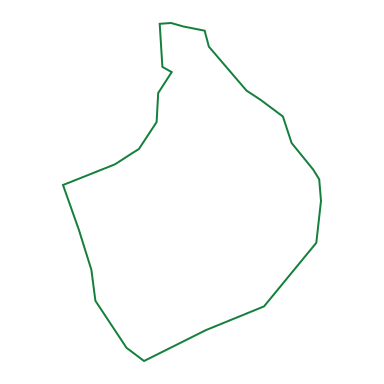 outline of Ix xet, Dornogovi, Mongolia
{"feature_id": "93677404B2530433176866", "entity_name": "Ix xet", "entity_type": "district", "adm_level": 2, "iso_a3": "MNG", "parent_name": "Mongolia", "parent_adm1": "Dornogovi", "projection": "robinson", "projection_center": [110.14, 46.159], "detail": "fine", "context": "isolated", "style": "outline", "palette": "green", "viewbox_px": 384, "rotation_deg": 0, "n_neighbors": 0, "source": "geoboundaries", "source_scale": "gbopen_adm2", "svg_char_len": 472}
<svg xmlns="http://www.w3.org/2000/svg" viewBox="0 0 384 384"><path d="M144.0,361.0L205.9,330.1L264.0,306.4L316.3,242.8L321.0,200.9L319.2,179.3L313.2,169.6L291.6,143.0L282.9,116.5L260.5,99.8L246.5,90.6L208.9,46.7L205.2,32.8L204.7,30.7L183.4,26.5L171.1,23.0L159.7,23.8L162.4,66.9L171.7,72.1L158.2,93.0L156.6,122.1L138.9,149.0L131.7,153.5L115.0,164.3L63.0,185.0L78.9,229.9L91.4,269.9L95.4,300.8L126.5,347.8L144.0,361.0Z" fill="none" stroke="#15803d" stroke-width="2"/></svg>